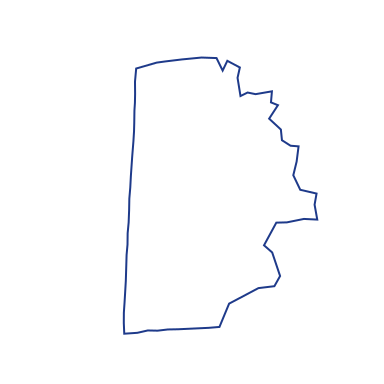 Xangri-lá, Rio Grande do Sul, Brazil, rotated 158°
{"feature_id": "56859067B41490189665798", "entity_name": "Xangri-lá", "entity_type": "district", "adm_level": 2, "iso_a3": "BRA", "parent_name": "Brazil", "parent_adm1": "Rio Grande do Sul", "projection": "albers", "projection_center": [-50.07, -29.81], "detail": "fine", "context": "isolated", "style": "outline", "palette": "blue", "viewbox_px": 384, "rotation_deg": 158, "n_neighbors": 0, "source": "geoboundaries", "source_scale": "gbopen_adm2", "svg_char_len": 940}
<svg xmlns="http://www.w3.org/2000/svg" viewBox="0 0 384 384"><g transform="rotate(158 192 192)"><path d="M217.1,56.6L199.4,74.6L166.4,78.0L150.9,73.8L141.8,81.1L140.3,105.9L145.2,115.6L125.3,132.0L115.4,128.3L98.3,125.1L86.2,119.5L83.1,134.3L77.1,143.9L90.8,153.5L91.8,169.6L83.6,181.0L76.1,194.4L83.3,198.0L89.2,206.3L86.2,216.6L93.0,231.1L79.8,240.3L85.2,245.5L80.2,255.4L96.4,258.9L103.2,263.4L111.1,262.8L107.0,280.8L101.0,289.5L110.1,300.4L118.1,293.1L119.1,307.0L132.8,313.1L151.7,318.7L168.0,323.1L176.3,325.2L197.5,327.4L203.5,315.7L208.0,304.3L211.5,296.1L214.9,289.0L219.7,277.6L223.1,269.8L227.4,260.8L234.0,247.6L242.7,229.7L247.5,219.4L252.6,209.3L257.2,198.5L262.2,187.4L267.1,177.9L271.5,167.4L276.2,158.2L282.3,144.3L286.7,134.3L292.0,123.1L295.8,115.1L300.4,105.6L304.3,96.1L307.9,86.0L295.4,81.9L284.9,80.2L275.8,76.3L265.9,73.6L256.2,69.9L227.4,59.8L217.1,56.6Z" fill="none" stroke="#1e3a8a" stroke-width="2"/></g></svg>